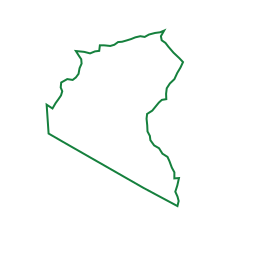 outline of Jundiá, Alagoas, Brazil, rotated 68°
{"feature_id": "56859067B87554604652350", "entity_name": "Jundiá", "entity_type": "district", "adm_level": 2, "iso_a3": "BRA", "parent_name": "Brazil", "parent_adm1": "Alagoas", "projection": "orthographic", "projection_center": [-35.546, -8.962], "detail": "fine", "context": "isolated", "style": "outline", "palette": "green", "viewbox_px": 256, "rotation_deg": 68, "n_neighbors": 0, "source": "geoboundaries", "source_scale": "gbopen_adm2", "svg_char_len": 1015}
<svg xmlns="http://www.w3.org/2000/svg" viewBox="0 0 256 256"><g transform="rotate(68 128 128)"><path d="M51.2,58.0L51.3,62.3L50.0,67.4L49.2,73.5L49.8,78.4L47.5,82.2L46.7,87.2L46.7,91.8L46.3,96.5L45.8,101.2L44.6,105.0L45.7,109.5L45.3,113.7L42.6,118.8L40.8,123.1L45.7,125.8L44.6,129.9L44.6,135.2L41.0,140.1L37.1,147.5L42.5,146.5L46.7,145.6L50.9,146.9L54.4,150.5L59.3,153.6L61.6,157.4L62.7,161.3L59.9,166.0L60.8,172.9L65.2,175.2L69.3,175.2L72.7,177.9L75.3,181.8L77.8,185.8L81.6,190.7L75.9,194.7L103.4,203.7L116.6,193.4L189.7,135.8L218.9,111.4L214.7,108.4L210.2,107.8L204.8,108.0L199.6,103.7L193.5,99.5L192.1,103.9L186.5,101.6L181.1,102.2L174.4,102.0L169.6,102.2L164.7,105.7L158.4,106.8L153.9,110.3L147.7,111.8L143.5,110.7L138.5,111.2L132.8,109.2L126.3,107.3L122.1,105.0L121.0,99.0L116.0,89.9L114.6,86.1L115.6,81.7L110.6,79.9L105.7,77.2L102.4,72.5L100.1,66.7L95.4,61.7L91.6,56.7L87.5,52.3L82.6,54.2L75.2,57.6L67.8,60.1L63.1,61.4L59.3,63.9L55.2,63.1L51.2,58.0Z" fill="none" stroke="#15803d" stroke-width="2"/></g></svg>